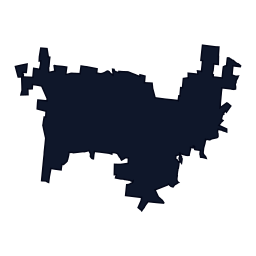 outline of Panabá, Yucatán, Mexico
{"feature_id": "50627088B71815805148908", "entity_name": "Panabá", "entity_type": "district", "adm_level": 2, "iso_a3": "MEX", "parent_name": "Mexico", "parent_adm1": "Yucatán", "projection": "natural_earth1", "projection_center": [-88.264, 21.34], "detail": "fine", "context": "isolated", "style": "filled", "palette": "ink", "viewbox_px": 256, "rotation_deg": 0, "n_neighbors": 0, "source": "geoboundaries", "source_scale": "gbopen_adm2", "svg_char_len": 5748}
<svg xmlns="http://www.w3.org/2000/svg" viewBox="0 0 256 256"><path d="M47.0,48.6L40.8,48.1L39.4,56.8L39.2,61.0L40.7,60.8L40.7,63.8L39.6,69.3L33.7,68.3L33.0,76.2L32.9,77.4L23.3,77.0L23.3,74.6L22.9,74.7L22.7,74.9L22.5,75.0L22.3,73.7L22.3,73.4L22.8,73.3L22.9,72.3L26.2,72.5L26.8,67.2L27.1,64.0L21.2,65.2L15.4,66.5L18.2,77.0L21.7,76.9L22.0,85.8L22.1,90.3L20.9,94.9L28.0,94.7L27.8,88.9L32.2,88.8L32.5,84.5L35.8,84.9L38.3,85.3L41.7,86.0L47.2,98.5L47.0,100.9L37.9,100.0L37.6,102.6L37.2,108.9L46.1,111.2L45.7,117.1L44.2,117.0L43.4,121.9L43.2,123.7L42.9,125.3L43.3,127.0L43.8,129.5L45.2,135.9L45.6,137.6L45.7,138.3L45.1,144.5L44.3,152.0L44.2,154.3L43.7,159.0L41.6,180.7L42.4,180.8L43.6,180.8L45.5,180.9L46.1,181.1L46.9,181.6L47.6,182.0L48.6,182.4L49.3,176.7L50.9,168.4L54.4,169.0L61.1,169.9L61.3,167.9L61.9,164.3L63.5,164.5L66.2,162.1L66.5,161.7L67.0,161.3L67.1,160.7L67.6,159.4L68.6,155.3L69.0,152.3L69.3,152.3L70.4,152.4L71.9,152.3L72.5,152.4L73.1,152.7L73.4,152.7L82.9,151.6L84.4,151.7L87.3,151.0L88.9,150.5L90.6,153.8L90.4,156.4L91.2,157.7L92.1,158.5L92.7,158.7L93.4,158.8L93.7,156.0L93.8,154.7L94.0,153.7L94.4,151.4L95.9,151.6L99.8,152.0L106.0,152.8L109.1,153.2L111.8,154.1L111.9,152.5L115.1,152.7L117.6,153.6L118.1,154.6L118.7,155.5L119.5,157.0L120.0,157.1L121.5,160.1L123.9,158.7L125.7,157.6L128.4,158.0L128.2,163.4L120.8,164.4L117.1,164.4L114.5,164.3L114.3,174.7L116.3,174.6L116.3,175.1L116.2,175.9L115.8,176.6L115.5,177.9L121.2,179.0L121.7,178.9L122.6,179.0L123.6,179.1L124.7,179.5L125.2,179.5L126.9,179.8L127.4,179.8L128.0,180.0L128.6,180.1L129.4,180.1L130.0,180.3L130.6,180.7L131.2,181.0L131.5,181.1L132.0,181.1L133.1,180.7L132.9,182.0L132.6,182.3L132.4,182.7L132.0,182.9L131.1,183.3L130.6,183.6L129.3,184.3L128.0,184.6L126.7,184.7L125.6,195.5L130.7,196.1L138.0,197.0L141.6,197.4L141.4,199.3L141.1,200.8L139.6,204.2L138.1,207.6L139.7,208.8L140.2,209.4L140.5,209.4L140.8,209.6L141.7,210.8L142.0,210.4L142.0,210.2L144.1,207.5L144.8,206.1L145.7,204.7L147.7,202.1L147.9,201.6L156.6,202.5L163.6,203.1L163.8,202.7L162.3,200.4L161.0,199.3L159.7,198.1L159.0,197.6L158.2,196.7L156.0,192.0L155.5,190.9L154.9,189.9L163.8,186.4L167.6,184.9L168.5,184.0L169.7,185.2L171.0,186.3L172.9,186.9L173.1,186.9L174.4,185.0L174.8,184.7L176.8,183.6L178.1,182.6L178.5,182.5L178.0,182.1L177.2,181.0L177.0,180.3L176.8,179.2L176.9,178.0L177.1,176.5L177.3,175.7L177.1,174.9L177.5,171.6L177.8,170.0L177.9,169.0L178.0,168.6L178.3,168.3L178.4,167.6L178.5,166.7L178.7,165.8L178.9,163.1L179.4,161.9L178.5,161.5L178.4,161.7L178.0,161.5L177.5,160.3L176.5,159.5L175.9,159.2L175.5,158.9L176.0,155.6L179.4,154.5L179.5,155.3L179.7,155.7L179.8,156.5L179.2,157.7L179.1,158.7L180.5,161.8L181.5,163.1L182.0,159.8L182.1,158.8L181.4,157.4L181.5,156.6L181.3,156.4L180.8,156.2L180.8,155.9L180.8,155.5L180.7,155.3L180.6,155.0L180.2,154.6L179.7,153.6L179.6,153.1L179.9,153.1L182.6,154.3L184.1,154.7L185.9,155.2L187.4,155.4L189.1,155.3L189.3,153.8L190.0,150.9L190.3,150.0L190.5,149.2L190.5,147.4L193.0,147.8L193.2,146.8L193.3,146.0L194.0,146.2L194.6,146.5L194.5,148.4L194.8,149.5L195.1,149.6L200.4,150.3L200.3,151.1L200.0,154.2L200.3,155.2L200.4,155.9L200.6,157.2L202.8,157.4L206.2,158.3L205.8,157.2L205.4,156.5L204.3,155.3L203.5,154.3L203.4,153.9L203.2,153.3L203.1,152.3L203.6,147.9L204.9,143.3L205.4,140.4L205.5,139.4L205.9,139.6L206.1,139.7L206.6,139.6L207.2,139.4L207.6,139.4L209.4,139.8L209.9,139.8L210.4,139.5L210.9,139.2L211.7,138.8L216.7,137.7L217.4,137.4L217.7,137.1L218.0,136.5L218.0,135.8L217.9,133.7L217.5,132.4L217.6,130.4L218.2,129.3L220.7,129.9L222.2,130.2L223.1,130.8L225.1,131.3L226.7,132.0L226.7,129.0L218.8,125.3L220.7,122.9L220.9,122.5L221.4,121.8L221.9,121.6L223.0,120.5L221.3,119.5L222.4,115.1L223.9,114.0L223.2,112.9L224.3,112.2L225.4,110.9L226.4,112.2L230.8,106.0L227.8,103.4L226.8,102.9L220.1,107.8L220.4,102.6L221.4,91.4L221.9,87.8L231.3,88.9L231.7,89.1L233.3,89.3L233.9,89.3L234.2,89.3L234.5,89.1L235.5,89.0L235.6,87.9L235.6,86.7L235.3,85.0L235.2,84.3L235.5,83.5L236.0,82.4L235.9,82.0L235.9,81.8L236.1,81.3L236.2,80.5L236.3,80.3L237.2,78.7L237.7,77.8L238.1,76.4L238.3,76.1L237.9,76.1L237.5,76.3L236.1,76.3L235.4,76.2L234.5,75.9L232.0,75.0L232.9,65.8L240.3,66.7L240.5,66.1L240.6,65.8L238.6,64.1L238.0,63.7L237.8,63.7L237.3,63.7L236.2,63.0L236.0,62.8L235.8,62.8L234.9,61.9L234.6,61.7L234.1,61.3L233.9,61.0L233.6,60.7L233.3,60.5L232.9,60.3L232.0,60.1L231.5,59.6L230.8,59.1L230.4,59.0L229.9,58.7L229.5,58.2L229.2,58.1L228.9,58.0L228.6,58.0L228.4,57.9L228.2,57.9L227.9,57.8L227.4,58.0L226.7,64.4L226.6,65.6L226.2,65.8L225.5,65.9L224.8,66.1L223.4,66.8L223.2,68.3L222.9,70.9L222.2,78.0L220.6,77.8L219.6,77.7L216.8,77.3L214.3,77.1L213.1,76.8L213.3,74.8L212.3,74.8L212.6,71.6L213.0,71.0L213.7,63.9L218.3,64.5L218.4,60.4L218.5,56.4L218.3,56.4L218.9,47.0L215.8,46.9L202.5,45.2L200.9,60.4L202.6,60.6L201.5,71.4L197.5,70.9L197.8,72.7L197.9,73.2L197.7,74.2L188.2,73.2L188.3,77.8L183.4,78.5L182.5,87.8L180.7,87.6L180.0,95.9L178.9,95.8L178.2,100.7L177.7,100.5L173.5,100.0L165.4,99.2L159.4,98.4L155.0,97.8L154.7,96.3L152.6,88.4L152.4,86.3L152.1,83.6L152.1,83.2L151.0,83.1L146.2,82.9L144.4,82.7L145.0,76.1L140.0,74.8L139.9,76.5L136.8,75.4L135.5,74.8L131.8,73.4L129.9,72.6L128.0,71.9L122.3,71.7L118.9,71.4L118.8,72.6L117.2,72.2L115.1,71.6L114.2,70.2L114.0,69.4L112.6,69.2L112.7,70.4L112.6,71.0L112.7,71.3L112.9,71.5L113.0,72.1L113.0,73.9L113.1,75.0L113.0,75.3L112.2,74.8L109.4,72.4L109.2,71.8L108.0,71.1L107.3,71.1L106.8,71.3L104.6,72.6L102.2,73.5L100.7,73.7L99.4,73.6L97.5,73.2L96.6,73.0L97.1,68.8L86.8,66.8L84.9,66.6L81.1,66.0L80.1,73.7L71.1,73.3L67.8,74.2L65.9,74.4L65.8,74.0L66.7,67.1L62.5,66.5L56.0,65.9L54.6,65.5L54.1,65.7L54.9,71.1L49.2,72.4L48.7,71.5L48.5,67.5L48.9,66.6L49.0,65.2L49.4,60.5L49.8,57.2L48.3,57.0L47.0,48.6Z" fill="#0f172a" stroke="#020617" stroke-width="1.5"/></svg>